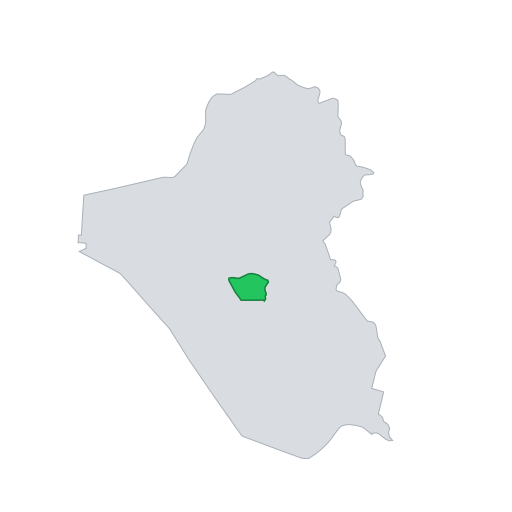 Iraq, with Karbala' highlighted, rotated 16°
{"feature_id": "IRQ-3062", "entity_name": "Karbala'", "entity_type": "Province", "adm_level": 1, "iso_a3": "IRQ", "parent_name": "Iraq", "parent_adm1": "", "projection": "albers", "projection_center": [44.011, 32.497], "detail": "fine", "context": "in_parent", "style": "filled", "palette": "green", "viewbox_px": 512, "rotation_deg": 16, "n_neighbors": 0, "source": "natural_earth", "source_scale": "10m", "svg_char_len": 3548}
<svg xmlns="http://www.w3.org/2000/svg" viewBox="0 0 512 512"><g transform="rotate(16 256 256)"><path d="M207.7,85.5L211.1,84.7L217.4,79.5L221.2,74.7L222.4,74.2L225.7,75.9L228.0,76.4L233.5,74.5L236.7,75.5L239.5,76.8L241.0,76.9L248.3,80.0L250.1,80.4L253.9,80.8L259.5,81.0L263.2,79.0L265.7,77.0L267.6,77.1L269.3,77.5L270.8,78.4L272.0,79.8L272.6,81.9L272.4,88.5L272.9,90.2L273.9,91.5L275.2,91.7L276.7,90.3L279.4,88.2L282.7,85.9L285.2,83.8L286.6,83.0L288.8,83.1L290.9,83.4L292.1,84.4L292.2,84.7L293.3,87.8L296.3,99.4L298.0,100.8L299.9,102.1L301.3,103.8L301.8,105.5L301.7,108.2L301.7,111.3L302.5,113.7L303.6,115.5L304.7,116.4L306.2,116.5L308.0,116.9L309.3,118.7L313.3,131.8L313.7,133.5L315.4,134.1L318.1,133.8L320.8,135.1L323.8,137.2L326.7,141.2L328.6,141.8L334.5,141.1L342.5,141.6L346.4,143.6L346.0,144.9L343.1,146.4L338.0,148.2L336.6,151.0L335.8,154.7L336.0,156.8L337.3,159.1L341.0,163.5L341.2,165.1L341.9,167.4L342.6,168.9L341.9,172.0L338.7,174.1L334.4,176.5L325.8,186.7L325.2,188.9L325.3,194.9L324.5,196.6L321.7,196.6L319.5,196.3L319.5,198.4L318.1,201.2L317.4,203.6L320.7,209.3L321.3,212.4L320.8,215.1L317.9,219.9L316.1,223.2L316.6,223.9L318.9,225.1L326.4,235.5L328.8,239.1L331.9,238.1L333.1,238.2L334.0,238.7L334.6,240.0L334.6,241.5L333.8,243.9L337.8,244.8L339.3,247.2L344.0,255.2L343.9,257.7L341.8,261.6L341.8,264.1L342.3,266.4L343.1,267.2L349.9,267.4L352.8,268.2L360.0,272.2L368.3,278.4L375.0,283.5L380.8,287.8L386.9,287.3L388.6,288.1L390.1,289.4L392.0,293.0L395.7,301.2L398.8,303.9L403.6,310.4L408.1,316.4L405.6,325.0L403.1,333.9L403.5,345.3L403.7,351.4L409.6,351.4L416.2,351.5L416.5,358.8L416.8,366.1L417.2,374.5L419.1,374.7L422.3,376.4L423.7,379.1L425.4,380.5L427.4,380.6L429.5,381.9L431.5,384.2L432.3,386.0L431.8,387.3L432.3,389.5L433.8,392.6L435.6,394.0L438.2,395.7L434.8,396.9L430.9,396.3L422.7,392.9L420.1,392.9L416.7,394.4L416.6,395.7L407.9,391.9L404.8,391.1L403.7,391.1L398.8,391.3L391.9,392.3L387.8,394.1L385.0,395.9L383.8,397.7L383.3,398.6L381.3,403.8L378.9,410.5L376.3,416.5L371.3,425.0L368.5,428.9L362.5,436.2L355.8,437.8L340.1,436.7L322.8,435.4L305.6,434.0L292.7,433.0L291.8,432.6L279.1,422.5L269.1,414.4L256.6,404.3L244.0,394.0L231.3,383.4L222.0,375.8L210.9,365.9L200.8,356.8L192.9,349.7L182.7,343.3L174.7,338.4L163.2,331.1L154.0,325.2L146.1,320.2L134.1,312.5L130.1,310.3L117.4,307.4L105.5,304.9L93.1,302.2L84.9,300.4L90.6,295.4L89.1,290.6L85.1,291.3L81.4,292.3L79.5,284.8L82.4,284.1L80.2,274.4L78.0,264.5L75.9,254.9L73.8,245.0L84.4,239.3L92.4,235.0L103.5,229.0L114.1,223.1L124.2,217.5L135.3,211.3L145.2,205.8L154.2,203.6L156.2,201.8L160.4,193.9L164.1,187.1L164.3,185.5L164.5,175.8L165.4,164.4L166.7,158.3L168.9,153.0L170.8,149.1L171.0,145.4L170.9,141.7L169.2,136.0L167.4,130.0L167.8,124.4L168.2,121.3L169.5,116.5L171.7,113.0L173.9,110.9L182.2,108.8L187.2,107.6L193.8,101.4L197.8,97.7L203.3,91.9L207.3,87.6L207.6,86.1L207.7,85.5Z" fill="#d9dde1" stroke="#a8b0b8" stroke-width="1"/><path d="M270.0,275.7L271.1,275.8L272.4,276.2L272.6,276.2L273.1,276.0L273.3,275.9L273.5,275.9L273.7,276.0L274.0,276.2L274.9,277.1L275.0,277.4L275.0,277.7L275.1,278.2L274.7,278.5L273.4,283.3L273.5,284.9L274.1,286.4L276.2,289.5L276.5,290.4L276.1,291.2L275.9,292.0L276.2,292.9L277.0,294.4L277.1,294.9L276.7,296.0L276.4,296.7L276.3,297.0L276.0,296.8L275.5,296.4L274.5,296.5L271.1,297.6L253.8,302.6L252.0,301.0L245.9,296.4L237.2,287.5L236.3,286.1L236.1,284.8L238.0,283.8L239.8,283.1L244.3,282.5L245.1,282.4L245.5,282.3L246.5,281.6L253.4,275.5L256.4,274.1L259.5,273.7L263.7,273.7L270.0,275.7Z" fill="#22c55e" stroke="#15803d" stroke-width="1.5"/></g></svg>